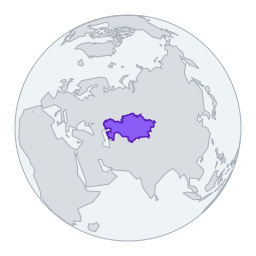 the Earth from above Kazakhstan
{"feature_id": "KAZ", "entity_name": "Kazakhstan", "entity_type": "country or territory", "adm_level": 0, "iso_a3": "KAZ", "parent_name": "Asia", "parent_adm1": "", "projection": "orthographic", "projection_center": [65.802, 47.999], "detail": "fine", "context": "on_globe", "style": "filled", "palette": "violet", "viewbox_px": 256, "rotation_deg": 0, "n_neighbors": 0, "source": "natural_earth", "source_scale": "50m", "svg_char_len": 15616}
<svg xmlns="http://www.w3.org/2000/svg" viewBox="0 0 256 256"><circle cx="128" cy="128" r="113" fill="#eef3f6" stroke="#a8b0b8"/><path d="M143.0,16.4L141.7,16.9L139.2,16.4L139.1,16.8L142.2,17.6L144.3,18.1L148.2,22.4L157.8,28.0L163.2,29.2L160.1,29.5L171.9,32.0L178.7,35.8L169.6,31.8L167.5,31.8L171.4,34.4L170.1,34.9L171.2,36.5L169.3,37.0L164.2,35.0L162.8,35.3L165.6,37.2L165.5,39.0L161.6,36.2L161.0,39.2L152.3,36.8L143.4,29.8L137.1,29.8L124.0,26.4L123.7,27.5L118.6,27.2L116.3,28.5L114.5,27.8L114.3,29.5L116.3,30.0L116.9,31.0L115.8,31.8L113.3,30.9L113.5,30.3L112.2,30.5L111.4,29.8L111.2,30.6L108.3,29.6L109.4,32.0L105.7,32.2L104.3,31.2L106.7,29.6L109.3,23.9L108.6,22.7L105.2,22.5L94.0,25.5L92.2,25.2L88.2,25.9L88.1,26.8L91.2,26.6L90.1,28.6L94.0,28.3L94.1,29.2L97.2,29.8L94.3,31.7L89.7,33.2L87.0,32.9L84.9,33.6L85.5,35.7L78.5,37.0L70.6,41.4L69.1,41.7L69.6,38.7L74.6,34.1L75.3,31.2L72.4,35.2L68.6,36.1L66.9,37.3L65.6,38.6L66.1,39.1L64.3,40.0L66.5,36.1L68.2,35.3L67.5,36.4L69.8,34.4L71.3,32.2L69.3,33.1L73.7,29.6L72.3,30.3L72.5,30.1L74.4,29.2L71.0,30.9L71.3,30.7L78.6,26.8L86.1,23.4L93.9,20.6L101.9,18.4L110.0,16.8L118.2,15.8L126.5,15.4L134.8,15.6L143.0,16.4ZM145.4,18.3L142.4,17.6L140.1,16.8L142.7,17.3L145.4,18.3ZM149.7,20.5L147.9,20.2L148.2,19.4L149.1,19.8L149.7,20.5ZM167.3,30.2L165.1,29.0L167.7,30.0L167.3,30.2ZM171.7,36.7L172.7,36.9L172.8,37.7L171.7,36.7ZM98.6,28.8L97.9,29.3L97.7,28.9L98.6,28.8ZM100.6,28.7L100.8,27.9L101.8,27.7L101.6,28.2L100.6,28.7ZM170.1,39.2L170.0,40.5L169.2,38.8L170.1,39.2ZM100.0,29.7L103.5,27.5L105.2,27.3L106.0,29.0L100.0,29.7ZM169.3,41.1L169.2,44.5L171.5,45.2L164.9,45.3L167.2,42.2L165.9,40.0L167.9,41.2L169.3,41.1ZM117.5,29.8L115.2,29.3L118.1,28.9L117.5,29.8ZM119.2,29.3L127.4,27.2L130.1,28.6L126.8,28.9L131.2,30.1L128.6,31.8L125.5,31.5L124.3,30.3L124.2,31.9L119.2,29.3ZM161.3,45.0L160.5,45.6L160.3,44.6L161.3,45.0ZM117.4,31.3L118.8,30.7L121.2,31.8L118.9,33.2L118.8,32.4L117.4,31.3ZM133.7,29.7L135.1,30.9L133.4,32.5L133.7,33.2L128.7,31.9L133.7,29.7ZM117.7,32.6L117.6,34.0L115.4,34.3L116.2,32.0L117.7,32.6ZM122.9,31.5L123.9,32.1L122.6,32.2L122.9,31.5ZM107.5,36.5L109.2,35.6L110.6,36.0L107.5,36.5ZM117.7,34.4L118.5,34.3L119.3,34.4L118.7,35.4L117.7,34.4ZM127.8,33.2L126.8,33.7L129.8,33.8L128.6,35.2L125.5,34.1L126.3,35.1L125.9,35.6L123.8,34.3L127.8,33.2ZM120.5,36.8L116.2,36.1L112.8,37.6L111.5,37.2L117.1,34.9L120.5,36.8ZM122.6,35.4L121.0,36.1L120.1,35.2L120.7,34.1L122.6,35.4ZM128.8,36.5L131.5,34.7L132.1,35.0L128.8,36.5ZM119.7,37.4L120.8,37.5L119.6,37.6L119.7,37.4ZM126.2,36.9L127.1,36.2L127.7,36.6L126.2,36.9ZM122.2,38.5L120.8,38.2L121.1,37.5L122.2,38.5ZM124.2,37.9L124.8,38.6L122.1,37.3L124.4,37.5L124.2,37.9ZM126.7,37.4L127.3,37.4L126.2,37.6L126.7,37.4ZM121.6,41.7L118.1,40.3L118.9,38.5L122.2,40.1L121.6,41.7ZM56.3,214.9L50.5,209.6L40.5,196.6L41.0,193.9L39.6,189.5L33.5,175.0L34.7,170.7L33.5,166.8L30.8,164.3L29.6,159.5L28.1,157.4L20.2,145.6L18.8,137.0L19.8,118.1L22.0,115.7L24.3,109.7L41.2,105.2L42.6,110.3L53.5,119.2L54.5,121.4L50.9,125.5L57.2,139.6L62.0,137.5L70.0,146.8L76.8,150.1L83.3,141.4L72.2,135.8L72.5,129.9L83.3,130.1L93.4,135.2L93.8,133.0L89.4,126.0L93.7,123.4L88.1,123.2L88.9,126.0L85.4,126.1L84.5,123.6L86.0,122.7L83.5,120.3L76.8,125.5L76.9,128.9L69.2,125.9L68.6,131.4L65.8,132.3L65.7,123.4L67.3,121.0L65.5,109.5L63.2,111.6L64.7,122.7L63.4,121.0L60.3,124.3L61.6,120.4L60.5,108.0L54.9,104.6L44.3,108.2L41.7,105.6L41.1,100.4L48.4,92.2L53.3,99.0L56.0,96.5L57.9,89.9L59.3,92.7L60.7,90.9L62.8,93.3L68.8,92.0L71.4,94.0L76.6,89.3L78.6,89.8L75.0,92.3L73.9,95.3L80.8,100.4L82.9,100.2L85.7,96.8L87.2,98.8L89.0,94.9L94.4,96.2L89.4,91.5L92.5,87.8L97.3,86.5L97.4,84.5L89.7,86.7L87.4,88.4L86.9,91.1L79.9,95.5L77.0,94.7L80.9,87.2L77.1,85.4L81.8,80.7L99.8,77.1L105.8,78.0L109.9,87.5L106.9,89.4L103.9,86.8L104.1,92.7L105.3,90.5L106.6,92.3L109.9,89.5L111.0,90.6L112.4,86.1L114.0,87.2L113.1,90.1L119.5,87.2L123.7,88.8L124.7,87.6L124.4,86.0L130.0,89.3L130.4,88.3L128.8,86.8L128.6,83.9L130.4,80.3L132.2,81.6L131.8,83.1L133.7,88.4L132.3,92.4L133.2,92.6L134.9,89.5L132.6,83.0L133.1,80.4L134.7,83.3L134.1,82.0L135.0,81.2L137.5,81.7L136.1,78.5L143.0,68.3L148.6,68.5L149.2,72.0L155.9,67.1L161.7,68.3L160.2,66.8L162.4,63.8L160.6,63.4L160.0,62.5L164.9,55.3L167.4,54.8L167.8,50.5L167.0,49.9L165.1,49.9L164.9,45.3L171.5,45.2L172.9,46.7L176.0,45.8L178.9,49.5L182.7,52.3L184.0,57.2L186.9,59.1L187.8,58.6L192.4,61.1L198.9,68.5L189.7,64.9L179.3,55.3L183.2,59.3L181.2,59.2L181.9,61.2L184.7,64.1L185.8,63.9L184.3,73.5L188.9,83.5L191.4,80.3L194.8,81.2L202.2,91.0L204.3,110.3L208.8,112.6L210.3,115.5L209.0,119.3L206.8,115.1L203.9,115.5L202.8,112.7L200.0,117.8L198.4,114.1L197.0,120.1L199.5,122.1L202.6,118.8L202.1,125.8L207.6,128.1L210.2,133.7L207.7,148.3L202.1,155.6L202.2,157.6L199.0,157.2L196.3,162.8L203.5,169.5L203.8,172.3L198.6,180.7L198.2,178.8L189.7,177.8L189.2,184.9L195.7,187.1L198.0,191.9L193.5,192.4L191.0,188.2L188.0,187.7L188.1,181.9L184.1,174.4L179.5,178.0L179.1,174.3L172.9,168.4L165.9,173.0L155.2,185.3L154.9,194.3L150.7,198.7L142.6,187.0L140.5,178.0L136.6,179.1L129.0,171.2L113.2,169.9L111.8,167.1L108.6,167.9L103.4,164.5L101.7,159.8L98.1,159.4L103.1,171.5L107.0,172.0L111.5,168.5L112.0,172.4L117.1,176.4L108.3,184.3L86.3,187.1L85.6,179.9L76.6,155.8L77.7,153.7L77.7,153.4L77.7,152.9L75.3,156.0L74.3,151.1L77.5,167.7L77.4,173.8L85.9,187.4L84.8,188.1L88.0,191.1L100.1,191.5L99.8,193.6L93.2,201.8L77.7,208.7L80.7,216.4L81.0,221.4L73.4,221.0L76.1,224.7L72.4,223.8L73.5,225.3L71.7,225.1L67.9,223.3L66.2,222.2L56.3,214.9ZM32.9,111.3L31.9,112.9L32.9,111.3ZM102.5,145.6L109.5,147.7L109.0,140.4L111.7,140.6L110.5,138.2L108.9,139.8L106.5,133.1L110.5,131.9L111.0,128.8L108.6,128.0L101.7,131.4L105.2,140.9L102.4,143.1L102.5,145.6ZM68.4,36.4L68.2,36.7L66.7,38.0L66.9,37.5L68.4,36.4ZM63.1,44.2L60.3,45.4L62.4,44.0L62.2,43.3L66.3,39.7L68.5,41.6L66.8,41.3L63.1,44.2ZM72.5,35.7L69.6,37.6L72.7,35.5L72.5,35.7ZM66.3,79.9L66.1,82.0L63.8,83.3L60.5,81.5L63.7,79.5L66.3,79.9ZM66.3,84.9L71.1,78.3L73.3,79.4L71.3,79.8L72.3,81.2L69.2,82.4L66.6,90.1L64.5,91.8L59.5,87.1L62.3,87.6L62.4,85.3L66.3,84.9ZM79.4,61.6L81.5,59.3L83.6,64.5L81.4,66.1L78.0,64.2L78.6,61.2L79.4,61.6ZM100.8,33.4L101.5,32.6L102.2,32.8L102.2,33.7L100.8,33.4ZM108.2,36.0L98.6,37.3L98.9,36.4L93.0,38.6L91.4,37.1L95.3,35.7L89.6,36.3L92.5,34.4L88.6,35.2L97.4,32.2L99.8,30.7L97.8,32.9L99.2,34.3L100.5,34.4L105.9,33.9L111.7,31.7L114.0,32.9L114.1,34.4L113.1,35.1L111.9,34.0L111.4,35.7L108.9,34.8L108.2,36.0ZM113.8,53.9L112.9,51.8L111.3,56.1L108.8,54.8L108.8,55.4L106.1,55.4L102.8,56.4L102.0,55.5L101.0,56.4L99.2,56.5L97.6,57.3L95.6,56.1L93.6,57.1L93.8,55.9L90.7,58.1L92.1,55.9L89.9,56.0L89.7,58.0L82.9,50.1L79.0,48.8L75.0,49.0L77.9,45.5L83.6,43.3L90.1,42.4L93.5,44.3L94.2,42.6L96.0,43.0L94.7,44.2L97.8,42.6L99.0,43.4L104.8,43.2L108.6,40.8L110.8,40.7L109.9,42.1L112.7,41.2L112.5,43.7L114.1,43.8L115.4,46.5L112.7,49.2L114.7,49.1L115.8,51.3L113.8,53.9ZM121.9,42.5L119.2,45.8L116.6,46.7L115.4,41.6L114.0,41.2L113.1,38.2L117.0,36.9L116.9,37.9L117.7,38.5L116.1,38.6L118.0,39.0L117.9,40.4L119.3,41.1L118.0,42.0L121.9,42.5ZM57.0,120.9L58.0,122.1L59.9,123.4L58.0,125.6L57.0,120.9ZM56.1,112.4L57.3,113.0L55.5,116.5L54.5,115.4L56.1,112.4ZM59.4,110.4L57.5,112.8L57.9,110.8L59.4,110.4ZM76.2,92.7L77.6,93.2L77.1,94.2L75.7,95.0L76.2,92.7ZM108.7,67.2L108.6,65.7L109.4,65.5L111.4,62.4L113.4,63.3L112.9,65.5L108.7,67.2ZM80.6,142.2L77.7,143.2L77.1,141.7L78.2,141.7L80.6,142.2ZM66.7,134.4L69.1,137.6L66.1,135.0L66.7,134.4ZM111.2,67.7L111.8,66.3L112.4,67.6L111.2,67.7ZM114.9,63.8L115.9,65.1L113.8,63.0L114.9,63.8ZM99.3,225.7L95.2,231.7L90.1,230.3L88.0,228.0L88.6,223.9L94.1,224.0L96.5,222.2L99.3,225.7ZM216.9,190.0L218.8,188.4L218.7,188.7L216.9,190.0ZM214.9,190.9L217.3,188.8L214.4,191.9L214.9,190.9ZM218.2,188.0L220.6,185.1L221.6,183.6L221.3,184.5L218.2,188.0ZM213.2,192.3L203.4,199.4L199.2,201.1L200.4,199.3L207.1,195.3L213.2,192.3ZM200.0,199.5L193.5,199.7L183.2,193.3L186.9,192.0L197.4,193.8L196.8,195.2L200.8,195.8L200.0,199.5ZM215.2,182.9L214.5,186.6L209.2,190.3L206.7,191.6L205.0,188.5L206.0,185.7L208.1,184.3L215.3,170.8L218.0,170.6L216.0,175.8L218.2,177.0L215.2,182.9ZM155.5,195.0L158.5,199.5L156.1,200.7L155.5,195.0ZM217.5,162.7L215.1,168.7L217.0,161.7L217.5,162.7ZM218.2,156.8L218.7,158.5L217.2,157.7L218.2,156.8ZM202.8,160.4L200.6,162.3L200.2,160.9L202.8,157.7L202.8,160.4ZM212.1,138.5L213.5,142.7L213.5,144.4L211.9,142.6L212.1,138.5ZM129.1,74.7L124.1,77.9L121.9,81.1L122.7,84.2L119.4,81.4L122.9,76.4L129.1,74.7ZM141.1,68.9L140.3,66.4L142.0,66.7L142.5,67.3L141.1,68.9ZM139.6,67.9L136.1,66.4L136.6,64.5L139.3,66.1L139.6,67.9ZM123.5,66.7L121.9,67.6L121.4,66.4L123.5,66.7ZM201.6,213.3L202.6,211.9L203.5,211.2L205.3,208.6L214.9,198.5L222.4,187.2L225.7,183.1L229.4,175.2L232.0,170.6L230.0,175.6L230.6,174.4L227.0,181.7L222.9,188.7L218.2,195.4L213.1,201.8L207.5,207.8L201.6,213.3ZM235.0,163.2L235.7,160.9L235.6,161.3L235.0,163.2ZM221.6,185.5L224.6,180.3L226.0,178.5L221.6,185.5ZM237.7,153.4L237.6,153.9L236.2,159.0L233.9,164.9L234.8,162.1L234.7,160.7L231.6,165.8L230.9,165.5L232.3,162.4L229.8,165.0L232.6,160.1L233.4,161.5L234.9,156.6L236.8,152.8L238.2,149.3L238.9,147.8L238.5,149.6L237.7,153.4ZM232.1,166.8L232.5,166.1L232.0,167.6L232.1,166.8ZM239.3,145.6L239.1,146.4L239.8,141.5L239.3,145.6ZM240.1,138.9L240.1,139.1L240.2,137.5L240.1,138.9ZM226.6,172.4L226.4,173.4L225.6,173.7L226.6,172.4ZM227.6,170.6L229.9,168.3L227.4,171.6L227.6,170.6ZM219.6,176.4L220.4,177.7L223.0,173.7L221.0,177.6L222.5,179.1L221.8,181.0L220.4,179.2L219.4,183.5L218.2,184.6L217.8,182.0L219.2,177.0L220.3,174.2L225.0,168.7L219.6,176.4ZM227.7,168.1L227.1,166.5L227.5,164.2L228.2,164.7L227.7,168.1ZM224.7,162.8L222.4,161.9L220.8,164.9L223.8,157.0L225.5,159.2L224.7,162.8ZM222.2,158.0L220.7,160.7L222.0,156.5L222.2,158.0ZM220.1,160.1L219.5,158.2L220.9,157.1L220.1,160.1ZM223.0,157.2L222.7,153.2L223.7,154.7L223.0,157.2ZM217.8,153.9L221.5,154.6L217.4,156.8L215.4,149.7L217.0,148.0L217.8,153.9ZM215.4,114.6L214.0,112.7L214.9,110.7L215.6,112.5L215.4,114.6ZM216.7,103.0L214.7,109.6L212.9,115.1L214.3,115.1L215.4,119.6L212.3,117.7L212.4,111.2L214.1,107.6L212.7,104.1L212.9,99.9L210.3,96.4L209.9,93.8L212.8,96.0L216.7,103.0ZM209.1,95.1L204.6,88.2L207.2,86.2L208.7,87.2L209.7,91.2L208.3,92.0L209.1,95.1ZM204.3,86.0L202.8,86.8L193.3,79.8L191.9,77.8L200.5,81.8L199.7,82.8L201.6,85.0L204.3,86.0ZM161.6,46.1L160.6,45.6L161.7,45.5L161.6,46.1ZM159.0,62.4L158.4,61.1L159.8,60.9L159.0,62.4ZM157.6,57.7L156.4,58.7L156.9,57.1L157.6,57.7ZM154.0,61.3L155.6,58.9L155.1,62.0L154.0,61.3Z" fill="#d9dde1" stroke="#a8b0b8" stroke-width="1"/><path d="M135.5,139.0L135.1,139.2L135.0,139.5L134.7,139.4L134.3,139.9L133.7,140.3L133.3,140.5L133.2,140.6L132.9,140.8L132.8,141.1L132.7,141.2L132.3,141.6L132.1,141.9L132.1,142.1L132.2,142.3L131.9,142.4L131.5,142.2L131.3,142.0L131.4,141.6L131.2,141.3L130.9,141.3L129.5,141.4L129.3,141.4L129.2,140.8L129.0,139.8L128.3,139.8L128.3,139.2L128.4,137.8L128.0,138.1L127.6,137.2L127.2,137.0L126.7,136.4L126.1,136.7L124.3,136.5L122.6,136.7L121.5,135.3L121.3,135.0L121.3,134.9L118.1,132.3L114.4,133.0L113.6,140.2L112.9,140.2L112.5,139.8L112.1,138.7L111.1,137.8L110.5,137.8L109.6,138.0L109.3,138.1L108.7,138.5L108.7,137.9L109.0,137.3L109.1,137.1L109.1,136.7L108.7,136.5L108.6,136.3L108.2,136.3L108.0,135.8L107.9,135.6L107.4,135.5L107.5,134.9L107.3,134.4L107.1,133.4L106.5,133.0L106.4,133.0L106.4,132.8L106.6,132.5L107.3,132.6L107.7,132.9L108.0,132.9L108.2,133.0L108.1,132.8L107.9,132.7L107.7,132.3L107.6,132.1L108.0,131.8L108.1,131.6L108.3,131.3L108.5,131.4L108.8,131.3L109.7,131.5L110.3,131.8L110.7,131.8L110.3,131.4L110.2,131.3L110.4,130.9L110.7,130.6L110.9,130.1L110.9,129.7L110.9,129.4L111.1,129.2L111.0,128.8L110.9,128.6L110.3,128.4L110.1,128.6L109.8,128.7L109.7,128.5L109.3,128.4L109.2,128.2L108.6,127.9L108.3,128.0L107.8,128.2L107.6,128.2L106.8,128.6L106.0,128.6L106.0,128.8L105.9,128.7L105.8,128.8L105.1,128.2L105.1,127.9L105.5,128.1L105.6,127.9L105.4,126.8L105.0,125.9L104.2,125.5L103.9,125.5L103.8,125.1L103.9,124.8L103.9,124.6L103.5,124.1L103.5,123.8L103.7,123.4L104.0,123.1L104.3,122.8L104.3,122.7L104.1,122.3L104.2,122.1L104.4,121.7L104.6,121.5L105.0,121.3L105.0,121.2L105.1,120.9L105.5,120.6L106.2,121.9L106.3,121.9L106.7,121.8L106.9,121.7L106.9,120.5L107.1,120.6L107.8,120.2L108.0,119.9L108.5,119.8L109.2,119.6L109.9,118.9L110.3,119.1L110.4,119.3L110.4,119.5L110.5,119.5L110.8,119.6L111.3,119.3L111.6,119.3L111.9,119.7L111.9,119.8L112.9,119.9L113.1,120.1L113.2,120.4L113.5,120.7L113.7,120.9L113.9,121.5L113.9,121.9L114.0,122.0L114.2,121.9L114.2,121.3L114.1,121.2L114.3,121.1L114.5,121.3L115.1,121.9L115.4,122.1L115.9,121.9L116.1,121.7L116.5,121.4L116.7,121.5L117.2,121.4L117.4,121.4L117.7,121.8L117.9,121.7L118.2,121.4L118.8,121.5L119.0,121.7L119.4,122.3L120.1,122.5L120.2,122.8L120.5,122.6L120.7,122.2L120.9,122.1L121.1,122.4L121.3,122.5L121.6,122.5L122.0,122.5L122.3,122.4L122.5,122.2L122.8,121.5L122.8,121.3L122.6,121.1L122.1,121.0L122.1,120.9L121.5,120.6L121.4,120.4L121.1,120.1L121.1,119.9L121.5,119.7L121.8,119.6L122.2,119.3L122.0,118.6L122.4,118.1L122.8,118.0L123.5,118.2L123.5,117.9L123.1,117.6L122.6,117.5L122.6,117.4L122.7,117.1L122.9,117.1L123.0,117.0L123.0,116.9L122.7,116.9L122.4,116.8L122.6,116.5L122.6,116.1L122.8,116.0L123.5,116.2L124.2,116.1L124.3,116.0L124.9,116.0L125.0,115.8L125.8,115.7L126.2,115.5L126.5,115.5L127.0,115.4L127.2,115.6L127.3,115.5L127.4,115.2L127.6,115.0L127.9,115.0L128.1,114.9L128.5,114.9L130.1,114.5L130.3,114.4L130.7,114.3L130.7,114.1L130.7,113.9L131.1,113.8L131.3,113.6L131.5,113.4L132.1,113.5L132.9,113.8L133.1,113.7L133.5,113.5L133.7,113.8L134.1,114.8L134.1,115.3L134.0,115.5L134.4,115.7L135.0,115.5L135.2,115.3L135.3,115.3L135.6,115.7L135.6,116.0L135.8,115.9L135.8,115.7L136.2,115.6L136.4,115.9L136.6,115.9L137.0,115.6L137.1,115.9L136.8,116.2L136.7,116.4L136.7,116.6L136.8,116.9L137.1,116.6L137.4,116.5L137.8,116.5L138.0,116.7L138.0,116.3L138.4,116.0L138.7,115.9L138.9,115.8L139.0,115.6L139.0,115.4L139.3,115.3L139.9,114.8L140.2,114.7L140.5,114.5L140.4,115.1L140.2,115.1L140.3,115.3L140.4,115.5L141.9,116.4L142.1,116.5L143.0,117.7L144.6,119.7L145.5,120.9L145.7,120.6L145.9,120.5L145.9,120.4L145.8,120.1L146.2,119.8L146.3,119.7L146.5,119.9L146.7,120.3L147.1,120.2L147.2,120.5L147.8,120.5L148.0,120.5L148.5,120.4L148.7,120.0L149.0,119.9L149.2,119.7L149.4,119.7L149.9,119.8L150.2,119.9L150.3,120.1L150.6,120.3L150.8,120.8L151.2,120.8L151.6,121.0L151.8,121.0L151.9,121.3L152.3,121.7L153.2,121.6L153.5,121.6L153.8,121.0L154.0,121.0L153.9,121.3L154.0,121.4L154.2,121.5L154.6,121.8L154.9,121.8L155.1,122.0L154.7,122.1L154.5,122.3L154.4,122.5L154.5,122.7L154.5,123.0L154.4,123.4L154.1,123.6L153.5,123.9L153.5,124.3L153.5,124.9L153.8,125.7L153.9,125.9L154.0,126.1L153.8,126.5L153.5,126.6L153.3,127.0L153.1,127.2L152.9,127.0L152.4,127.0L152.0,127.2L151.6,127.2L150.7,127.0L150.7,127.5L150.5,129.2L150.4,130.3L150.4,130.5L150.9,130.6L150.9,130.8L150.9,131.2L150.5,131.0L150.1,131.3L149.9,131.2L149.7,131.0L148.6,131.6L148.3,131.7L147.6,132.1L147.4,132.3L147.6,132.5L147.9,132.4L148.3,132.5L148.2,132.7L148.2,132.9L148.3,133.7L148.6,134.1L148.9,134.7L149.0,134.9L149.0,135.2L149.2,135.4L149.2,135.5L148.7,135.8L149.0,136.0L148.6,136.3L148.6,136.6L148.8,137.3L148.8,137.5L148.3,137.1L147.6,137.1L147.2,136.8L147.1,136.6L146.7,136.7L146.2,136.6L145.5,136.7L145.2,136.7L144.4,136.8L144.0,136.7L143.3,136.9L142.4,137.0L142.1,137.3L141.7,137.3L140.9,137.1L140.0,136.7L139.9,136.8L139.6,136.8L139.1,137.3L139.0,138.1L139.1,138.4L138.8,138.3L138.2,138.2L137.3,137.9L136.6,137.8L135.9,138.1L135.6,138.5L135.4,138.9L135.4,139.0L135.5,139.0ZM106.5,132.0L106.4,132.0L106.3,131.8L106.4,131.6L106.5,131.5L106.4,131.6L106.3,131.8L106.5,132.0ZM110.1,131.6L109.9,131.5L109.9,131.4L110.0,131.3L110.1,131.6Z" fill="#8b5cf6" stroke="#5b21b6" stroke-width="1.5"/></svg>